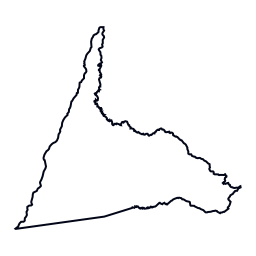 the district of Pium, Tocantins, Brazil
{"feature_id": "56859067B30046930034094", "entity_name": "Pium", "entity_type": "district", "adm_level": 2, "iso_a3": "BRA", "parent_name": "Brazil", "parent_adm1": "Tocantins", "projection": "orthographic", "projection_center": [-49.76, -9.946], "detail": "fine", "context": "isolated", "style": "outline", "palette": "ink", "viewbox_px": 256, "rotation_deg": 0, "n_neighbors": 0, "source": "geoboundaries", "source_scale": "gbopen_adm2", "svg_char_len": 5847}
<svg xmlns="http://www.w3.org/2000/svg" viewBox="0 0 256 256"><path d="M68.8,112.0L67.3,113.8L67.6,114.9L65.0,117.4L63.4,119.9L62.2,122.7L61.8,126.3L60.2,129.3L60.0,130.1L60.3,131.3L59.6,132.9L58.6,134.3L58.1,137.9L56.9,140.6L55.4,142.1L53.3,143.0L51.7,144.2L49.7,146.5L49.0,148.9L48.0,150.1L46.5,151.2L44.5,154.5L43.6,157.5L43.6,158.8L44.0,159.8L44.7,160.2L46.0,166.5L45.4,168.5L43.7,171.5L42.6,176.3L41.4,179.6L40.2,181.8L40.0,182.8L40.9,185.7L40.7,186.3L39.4,187.5L37.8,188.6L36.8,190.9L33.4,192.6L32.8,194.4L32.6,197.0L31.3,201.6L31.3,202.4L32.1,204.7L31.3,205.4L29.1,205.6L27.3,206.9L27.3,208.5L27.6,209.8L26.5,211.9L26.9,215.0L26.1,216.6L24.9,218.1L24.7,219.4L24.8,220.4L24.5,221.0L23.6,221.7L21.1,221.8L19.7,223.2L19.0,224.4L18.2,226.5L15.4,228.7L15.7,228.9L104.3,216.6L132.0,208.0L132.4,207.3L134.3,207.8L134.7,207.2L135.5,207.1L135.4,206.5L136.6,207.0L136.9,206.8L136.9,206.3L138.0,206.5L138.7,207.6L139.3,207.8L139.5,208.2L140.2,208.6L140.7,208.5L140.8,208.0L141.2,207.8L141.8,207.9L142.3,208.4L142.7,207.7L143.8,207.9L143.8,208.5L144.5,208.7L147.6,208.3L147.3,207.6L147.9,207.3L149.5,207.9L150.6,206.8L151.1,207.3L151.6,206.8L152.3,206.9L152.6,207.3L154.1,206.6L154.8,206.7L155.9,206.1L159.4,202.8L159.9,202.8L160.3,203.4L162.4,204.2L163.0,203.5L164.4,202.8L165.2,203.8L166.3,204.4L166.9,204.4L166.8,203.9L167.7,203.9L171.2,200.8L172.1,200.5L172.8,199.7L174.1,199.0L177.3,197.8L178.2,198.1L178.5,197.8L179.2,197.7L181.4,198.2L182.2,199.3L183.5,199.3L186.3,201.1L189.4,201.8L189.8,202.1L190.4,205.4L190.8,205.7L194.1,205.8L194.6,206.3L198.2,208.1L199.6,208.2L200.5,209.0L203.3,210.1L205.5,212.3L207.0,212.4L207.9,212.0L210.5,211.8L213.1,211.0L214.7,210.9L215.2,210.6L216.9,211.0L217.2,211.6L220.1,213.2L220.8,212.5L222.0,212.5L223.5,211.8L224.2,211.9L228.4,208.7L227.8,208.0L227.8,207.4L229.0,206.2L229.8,204.5L230.6,201.8L228.4,199.5L228.3,198.7L228.8,197.8L230.0,196.4L230.3,195.4L233.2,193.6L233.6,192.5L234.6,191.8L234.8,191.2L235.8,190.8L237.1,190.8L238.3,188.5L240.6,187.4L240.4,186.2L239.7,186.5L238.0,188.0L237.1,187.6L234.3,188.0L233.2,187.8L232.6,187.3L231.4,187.2L230.7,186.8L229.8,185.7L230.1,185.4L230.0,185.0L228.4,183.9L228.2,182.9L227.4,183.0L225.5,183.9L223.8,183.5L223.5,183.8L222.8,183.0L223.7,182.1L224.9,181.5L225.2,180.5L224.7,179.4L225.0,177.9L226.4,176.8L226.5,176.1L225.7,175.6L225.4,174.5L225.1,174.2L224.0,175.0L220.0,174.9L219.1,175.1L218.6,174.9L218.2,174.4L214.6,174.3L213.7,173.8L213.7,172.2L213.3,171.7L213.0,171.4L210.9,171.4L210.4,171.1L209.4,169.4L209.3,168.8L210.0,167.3L209.7,166.6L209.6,164.2L208.1,163.4L206.1,161.4L204.3,160.6L202.8,159.1L201.4,158.9L200.1,158.0L199.2,157.9L197.9,158.2L196.3,157.9L195.6,157.5L195.5,157.1L194.7,156.6L194.1,156.7L192.0,155.9L191.2,154.3L189.3,154.3L188.3,153.6L188.3,151.4L187.3,148.9L187.4,147.7L185.8,144.6L184.4,143.4L183.9,143.3L181.7,140.4L181.0,140.3L180.6,139.8L179.8,139.6L177.4,137.0L176.5,136.8L176.3,136.5L175.4,136.6L173.9,135.5L173.5,135.5L173.1,135.1L173.0,133.6L172.3,132.8L171.0,132.5L170.1,133.1L169.4,132.7L169.2,131.7L166.5,132.2L165.5,132.1L165.3,131.6L164.8,131.4L164.6,130.7L163.8,129.8L163.2,129.5L162.3,129.6L161.5,128.5L160.8,128.5L159.4,129.2L159.1,130.0L158.3,130.0L157.9,129.7L156.7,130.4L156.1,131.0L155.9,131.7L154.8,132.3L154.5,133.4L153.6,133.2L152.8,133.5L151.5,134.9L150.6,134.8L149.2,135.7L148.7,135.6L148.3,135.1L147.6,133.8L146.1,133.8L144.8,134.7L143.9,134.4L143.5,133.9L143.1,134.3L142.6,133.9L141.9,134.2L139.4,133.1L139.3,132.7L138.2,132.0L137.3,132.6L136.2,132.0L135.4,131.0L134.3,131.1L134.0,130.8L134.4,130.0L133.4,128.9L131.6,128.4L130.5,128.5L130.7,127.3L129.4,126.3L129.2,125.1L128.3,124.8L127.1,121.7L125.3,121.2L124.4,121.6L123.6,122.5L123.0,121.9L122.3,122.0L121.8,122.4L121.3,123.8L120.5,124.3L120.9,125.2L120.2,125.1L119.5,124.4L116.8,123.5L116.2,124.2L115.1,123.7L114.1,124.1L113.6,125.1L113.2,125.2L112.7,124.9L112.1,123.9L112.2,122.4L111.5,120.6L111.0,121.0L110.2,120.6L109.9,120.1L109.4,121.2L108.2,120.7L107.8,120.3L108.3,120.3L108.1,119.9L107.4,119.7L106.8,118.6L106.9,118.2L106.1,117.2L105.4,116.6L103.7,115.9L103.7,115.2L104.1,114.9L103.1,114.8L102.8,114.4L103.1,113.6L102.6,113.4L102.3,112.5L101.9,112.7L101.9,112.1L101.5,111.9L101.8,111.5L101.3,111.5L101.1,111.0L100.6,110.9L100.6,110.3L101.0,109.8L101.5,109.6L101.7,109.2L101.1,108.0L100.7,108.0L100.5,108.9L100.0,108.9L99.7,108.6L99.8,108.0L99.2,108.0L99.1,107.3L98.0,106.8L97.7,106.4L97.3,106.4L97.3,106.0L97.7,105.8L97.0,103.7L96.2,103.7L95.7,104.1L95.3,103.9L95.4,102.2L94.4,101.7L94.4,101.1L94.9,100.8L95.6,101.1L95.9,100.9L95.9,99.8L96.5,100.4L97.1,100.6L97.8,100.1L98.0,98.1L97.8,97.5L97.1,96.1L95.3,94.7L94.8,93.6L95.5,93.1L96.4,93.4L97.1,91.8L98.2,91.2L98.9,91.3L98.9,90.7L98.4,90.3L98.7,89.9L99.7,89.6L99.2,89.2L99.0,87.4L99.7,86.4L100.3,86.5L100.4,84.3L99.0,79.5L99.4,78.3L100.4,77.7L100.5,77.0L101.1,77.2L101.3,76.5L101.1,76.0L100.0,75.2L100.6,74.5L101.1,74.4L100.4,72.8L99.9,72.3L99.6,70.1L98.9,70.1L98.9,69.6L99.5,69.5L101.3,65.8L101.1,65.0L100.5,64.9L99.7,65.4L99.3,66.0L98.2,65.7L98.1,65.2L99.5,63.8L101.2,63.1L102.0,62.4L100.8,59.9L101.5,58.0L101.4,56.5L101.2,55.5L100.5,54.8L100.4,52.2L99.1,50.3L98.7,49.3L99.5,48.3L101.9,47.4L102.6,46.7L102.1,44.4L102.8,43.2L102.7,39.9L104.1,37.5L103.9,36.2L102.7,34.9L102.3,34.0L102.6,32.7L104.1,30.6L103.6,29.7L103.4,28.8L103.5,27.1L100.7,27.1L99.7,27.5L99.3,28.0L98.5,30.5L98.5,31.9L98.2,32.3L96.2,34.1L95.3,34.3L93.6,35.3L92.9,37.0L91.8,38.6L91.1,41.7L91.5,47.1L90.7,48.0L89.8,51.0L87.5,53.5L86.3,55.3L85.4,58.7L84.2,61.5L84.5,62.2L84.2,63.5L84.6,64.0L84.8,65.0L83.9,65.6L83.9,66.2L85.8,68.7L86.2,69.6L86.4,71.4L85.9,72.4L84.7,73.5L84.0,75.2L84.0,78.3L81.8,80.6L81.2,82.1L79.7,82.6L79.6,83.0L79.4,86.8L79.0,88.0L78.0,89.7L77.9,92.6L77.7,93.0L76.8,93.1L76.5,95.0L73.6,98.3L72.2,100.9L71.4,101.5L70.6,106.1L70.1,107.7L69.1,109.2L68.8,112.0Z" fill="none" stroke="#020617" stroke-width="2"/></svg>